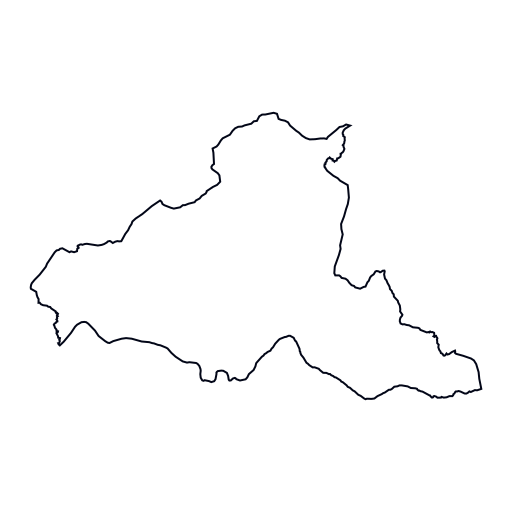 outline of Pakbeng, Oudômxai, Laos
{"feature_id": "54806243B50081562386900", "entity_name": "Pakbeng", "entity_type": "district", "adm_level": 2, "iso_a3": "LAO", "parent_name": "Laos", "parent_adm1": "Oudômxai", "projection": "equal_earth", "projection_center": [101.13, 19.984], "detail": "fine", "context": "isolated", "style": "outline", "palette": "ink", "viewbox_px": 512, "rotation_deg": 0, "n_neighbors": 0, "source": "geoboundaries", "source_scale": "gbopen_adm2", "svg_char_len": 6041}
<svg xmlns="http://www.w3.org/2000/svg" viewBox="0 0 512 512"><path d="M481.3,388.9L479.3,378.9L478.6,372.1L476.2,364.1L473.9,360.4L471.0,358.5L463.2,355.8L456.0,353.8L455.0,352.9L455.2,351.4L455.0,350.6L451.8,352.1L449.1,354.1L447.4,354.5L446.5,353.5L445.2,355.3L444.2,355.7L443.5,355.5L442.4,353.7L440.9,353.1L440.4,351.4L439.5,350.4L438.9,349.0L438.3,347.2L438.7,344.7L437.2,343.1L437.2,341.0L436.9,339.6L437.4,338.5L437.2,337.8L436.7,337.4L436.1,335.9L435.1,336.1L434.4,336.9L433.5,336.3L434.4,335.5L434.1,332.8L432.3,332.0L431.1,332.2L430.1,331.5L429.2,332.4L428.8,332.0L426.8,332.4L420.4,329.9L419.4,328.4L418.0,327.8L412.9,327.3L409.1,325.3L406.8,325.0L404.2,324.2L402.6,324.4L400.6,323.5L399.8,321.3L399.9,319.6L400.5,317.6L402.1,315.7L402.4,314.7L400.1,311.5L400.3,309.3L399.8,305.5L398.2,302.5L397.8,300.8L393.9,296.6L393.7,294.3L392.5,293.1L391.7,290.8L390.0,289.1L389.6,286.8L388.7,285.0L387.6,283.2L386.4,280.2L385.0,278.6L384.1,274.5L384.7,271.3L384.4,270.6L382.8,270.7L380.6,272.2L380.0,272.3L378.7,271.4L376.7,271.0L375.4,271.5L373.7,274.3L371.2,276.1L370.1,277.5L368.8,280.8L367.4,282.3L365.5,286.6L363.7,286.9L360.1,288.7L355.2,287.4L354.1,286.0L351.6,285.2L349.3,282.8L347.6,280.3L345.5,278.7L341.6,277.9L340.4,276.3L339.1,275.4L335.3,275.4L334.3,273.2L334.8,266.4L338.9,255.1L340.6,248.9L340.1,245.3L342.7,234.4L341.4,229.1L341.1,224.0L344.0,216.5L346.1,209.0L347.8,204.1L348.9,197.6L348.2,189.4L347.7,185.1L340.1,180.7L337.7,178.2L333.4,175.8L327.2,170.8L324.8,167.3L325.0,167.2L324.5,166.4L324.4,165.6L324.6,164.3L325.4,164.2L325.6,163.3L325.4,162.6L326.6,161.4L326.7,160.1L327.9,158.6L328.6,158.2L329.3,158.2L329.7,157.5L331.0,158.7L332.7,159.2L332.6,160.5L333.7,160.7L334.4,161.7L335.1,161.0L336.7,160.5L337.2,158.4L338.2,158.3L340.4,156.8L340.7,155.8L340.6,153.9L341.1,153.9L341.7,152.9L342.6,152.4L343.4,151.4L344.4,148.9L343.5,146.7L343.5,145.7L342.8,145.1L344.0,143.7L344.3,142.8L344.3,141.9L344.8,140.4L344.6,138.6L344.8,137.2L343.2,136.0L343.3,134.8L342.7,134.0L342.7,132.6L343.8,130.2L345.3,128.6L350.1,125.6L346.1,124.5L343.0,126.3L339.5,127.0L336.2,130.1L327.9,136.9L326.6,138.9L324.1,138.4L320.1,138.5L315.0,139.2L309.7,139.4L305.9,138.1L302.1,135.7L298.9,132.6L296.2,130.8L290.1,125.6L288.0,122.3L284.9,120.7L281.1,119.9L278.6,118.9L277.0,113.8L273.6,112.8L265.4,114.5L262.1,114.6L259.3,116.3L256.9,120.9L253.8,121.3L251.3,123.7L244.5,125.4L242.1,126.5L238.2,126.8L235.1,128.3L232.6,130.8L229.9,134.7L222.7,138.3L220.9,140.4L218.3,144.6L216.6,146.5L212.6,148.5L213.4,152.7L214.0,164.0L212.4,165.2L211.4,166.8L211.5,168.1L212.4,169.4L217.8,173.2L219.4,175.4L220.2,181.7L217.1,184.9L212.8,187.0L206.7,191.1L206.5,192.1L205.7,193.5L201.7,195.9L199.6,198.5L196.0,200.4L194.6,202.2L188.6,203.7L185.1,205.1L182.8,205.2L180.2,207.3L173.8,208.6L171.0,207.8L164.3,205.2L162.5,204.0L161.5,201.7L160.1,200.5L151.8,206.1L142.4,214.0L135.7,218.5L132.4,221.5L131.5,224.1L129.7,226.8L128.1,230.2L125.3,233.9L121.3,241.2L119.2,241.4L117.4,241.1L115.2,241.7L112.8,243.0L110.4,241.2L109.7,241.0L107.7,241.5L106.8,242.5L104.0,244.1L101.7,244.9L97.9,245.5L86.9,243.8L84.9,244.0L82.3,244.8L81.3,244.4L80.2,244.5L77.7,245.7L77.6,246.5L78.6,247.4L78.6,248.0L77.3,248.7L77.0,251.2L74.1,252.2L71.1,251.4L69.5,252.2L62.4,248.3L60.0,248.8L58.8,250.0L56.6,250.4L54.7,252.3L47.1,263.6L45.8,266.8L39.7,274.6L34.6,279.8L31.8,283.2L31.1,284.9L30.7,287.3L30.9,288.8L36.2,291.8L36.8,295.1L37.5,297.2L38.6,299.1L38.5,302.8L39.7,302.7L40.9,304.2L43.1,305.2L47.0,305.7L48.2,306.7L50.2,307.0L51.2,308.4L55.8,311.5L55.7,312.4L56.4,313.3L57.1,312.9L58.0,313.8L57.0,315.5L57.8,316.2L56.9,317.0L57.2,318.5L56.4,319.4L57.3,320.6L57.4,321.5L56.4,321.9L55.8,322.9L54.5,323.6L53.8,324.8L54.4,325.8L55.0,327.8L56.5,329.6L56.5,330.9L58.0,331.3L57.7,332.3L56.6,332.6L56.4,333.1L58.0,336.2L58.2,337.7L60.0,338.1L59.8,339.1L59.2,339.8L59.8,340.9L59.7,341.7L59.1,342.7L58.9,343.6L58.3,343.5L58.6,344.3L59.8,345.4L63.7,341.7L71.0,332.9L75.1,326.7L77.1,324.7L81.5,322.2L84.3,321.9L86.2,322.2L88.3,323.7L95.0,330.6L98.6,336.0L105.1,341.1L107.7,342.7L109.5,343.0L113.3,341.1L121.7,338.7L126.1,338.1L131.7,338.7L141.7,341.5L149.4,342.2L152.1,343.1L154.0,343.4L157.7,344.8L160.4,345.3L166.0,347.6L167.6,348.5L171.4,352.9L175.6,356.7L182.7,361.4L187.0,362.6L189.4,362.2L196.1,363.0L197.5,363.8L199.3,365.9L200.5,369.1L200.7,370.8L200.3,374.1L200.7,377.7L202.2,380.3L203.2,380.7L203.7,380.8L204.6,380.2L209.0,381.1L211.3,382.1L214.2,381.2L215.5,379.2L216.5,373.9L216.4,372.7L216.8,372.0L217.8,371.1L221.3,370.6L223.3,370.8L226.9,372.9L228.1,375.9L228.7,379.6L229.2,380.4L229.7,380.6L230.9,380.4L232.9,378.5L234.8,377.9L235.5,378.2L236.4,379.2L240.0,380.5L245.6,379.3L247.3,377.4L248.9,374.1L253.6,370.0L255.4,366.4L256.2,363.2L257.1,362.1L261.9,356.7L263.5,355.6L264.5,354.1L266.3,353.1L267.5,352.0L270.4,350.7L271.6,348.6L273.0,347.3L275.2,343.7L278.9,339.7L280.0,338.9L284.8,337.0L286.0,336.9L288.6,335.8L290.1,335.8L293.7,337.8L294.9,340.3L295.6,341.2L296.1,341.4L299.5,348.8L299.8,351.3L300.3,351.9L300.4,353.0L301.2,354.9L303.4,357.6L306.5,362.8L308.0,363.8L309.2,365.1L312.7,367.4L314.6,367.3L318.8,368.8L319.8,370.0L323.2,372.8L326.4,372.9L328.9,374.1L330.0,374.0L331.2,375.2L333.3,376.1L334.5,377.2L335.8,377.4L340.4,380.3L341.3,381.6L342.8,382.2L346.7,385.4L347.7,386.8L350.0,387.8L352.8,390.4L354.6,391.3L358.3,394.8L360.6,395.8L364.3,398.6L365.6,399.2L366.9,398.7L371.5,398.9L374.4,398.5L377.5,396.1L381.8,394.1L383.4,393.0L384.6,392.7L388.8,389.8L390.5,389.7L391.9,388.9L394.3,386.7L397.5,386.3L399.5,385.4L401.8,385.4L407.7,386.4L410.8,388.0L415.3,388.3L417.0,388.8L417.3,389.5L418.5,390.6L419.2,390.5L420.5,391.2L422.5,391.6L429.5,395.4L430.1,395.5L430.7,396.5L432.0,397.6L433.0,397.3L433.5,396.3L434.2,396.0L436.3,396.7L437.4,397.7L441.0,397.6L441.5,396.9L443.8,397.6L446.6,397.3L449.5,396.1L452.4,396.1L453.2,395.2L453.4,394.2L454.4,393.5L455.2,392.0L455.9,391.4L457.0,391.5L458.6,391.0L460.6,391.6L464.6,393.5L466.2,393.6L467.7,392.9L469.4,391.4L470.8,392.0L474.9,390.1L477.1,390.3L481.3,388.9Z" fill="none" stroke="#020617" stroke-width="2"/></svg>